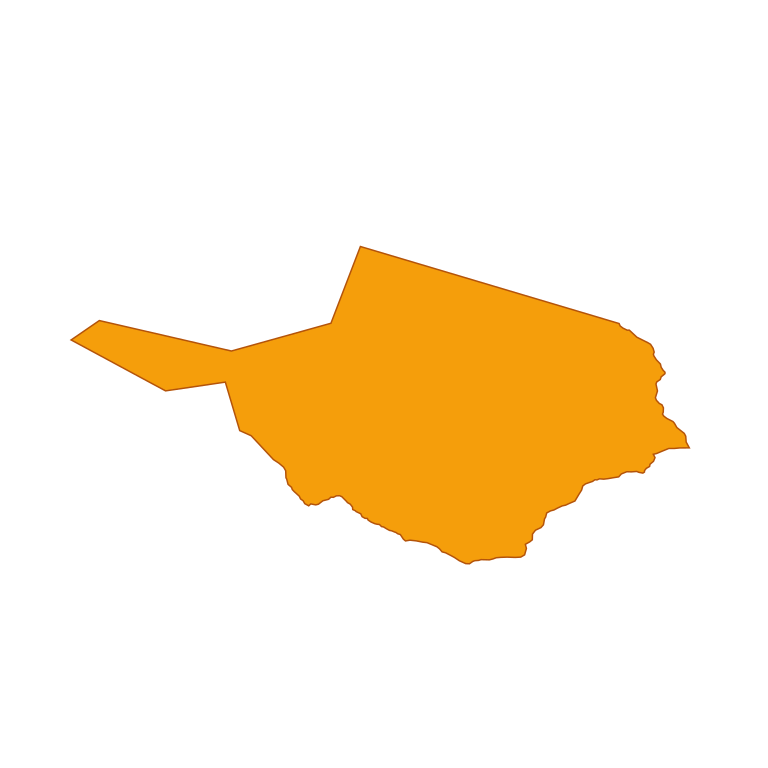 the district of Chuave District, Chimbu, Papua New Guinea, rotated 291°
{"feature_id": "67681753B10783046859630", "entity_name": "Chuave District", "entity_type": "district", "adm_level": 2, "iso_a3": "PNG", "parent_name": "Papua New Guinea", "parent_adm1": "Chimbu", "projection": "equal_earth", "projection_center": [145.121, -6.175], "detail": "fine", "context": "isolated", "style": "filled", "palette": "amber", "viewbox_px": 768, "rotation_deg": 291, "n_neighbors": 0, "source": "geoboundaries", "source_scale": "gbopen_adm2", "svg_char_len": 2305}
<svg xmlns="http://www.w3.org/2000/svg" viewBox="0 0 768 768"><g transform="rotate(291 384 384)"><path d="M524.7,581.8L523.4,565.0L503.9,312.7L421.7,312.7L373.8,248.2L360.1,229.7L341.2,95.5L313.0,76.1L299.3,182.5L328.9,235.2L288.8,266.0L288.1,278.6L273.8,307.9L272.5,314.0L270.4,320.1L267.8,323.3L261.3,326.1L260.4,327.2L255.9,330.4L254.4,334.7L252.6,336.2L251.3,338.9L248.9,345.1L246.8,347.3L246.0,350.4L243.9,352.9L243.3,357.4L245.8,358.6L246.7,363.6L248.3,365.9L250.3,367.1L253.1,368.8L256.5,373.6L259.3,375.0L260.1,377.4L262.5,379.6L263.8,382.6L263.7,385.0L261.0,391.0L260.2,392.4L259.7,395.6L257.8,398.7L255.6,399.8L255.4,402.7L254.9,403.7L254.5,408.8L252.3,411.1L251.8,414.4L252.5,416.7L251.3,417.9L250.5,421.3L250.3,425.5L250.6,427.8L251.2,430.1L250.0,432.8L250.4,434.7L249.7,438.5L249.3,441.6L249.7,443.8L249.6,447.2L249.7,448.2L249.1,450.5L249.3,453.2L246.1,457.7L245.2,460.3L247.5,464.2L249.1,470.3L250.2,476.7L251.3,481.0L251.0,491.8L250.0,494.9L248.1,498.4L248.5,501.9L247.9,507.3L247.3,511.9L246.0,517.7L245.6,524.7L246.8,528.2L250.2,530.5L251.6,532.1L253.2,535.5L254.8,537.5L257.6,545.4L259.8,548.5L262.0,551.0L264.0,555.1L266.5,561.0L269.1,568.6L271.4,573.7L274.9,576.5L281.5,575.9L285.0,573.4L288.8,576.6L291.7,578.3L297.1,576.4L301.8,577.8L306.2,582.0L309.7,583.3L315.6,582.2L317.6,582.6L321.9,582.1L325.2,584.9L327.3,587.8L330.4,590.5L334.1,594.1L336.0,597.0L338.8,599.7L343.2,604.2L350.8,605.5L355.8,606.5L360.0,606.1L363.0,607.9L367.9,613.7L370.2,615.2L370.8,617.2L372.7,619.2L373.9,623.2L375.9,627.0L378.6,631.5L381.4,636.4L385.1,637.8L389.1,642.1L390.7,646.6L392.9,651.2L392.9,653.8L393.6,657.6L395.1,658.7L396.5,658.3L399.2,659.1L402.2,661.5L404.4,661.1L408.4,663.3L412.4,663.4L414.9,660.6L416.8,663.4L421.3,668.1L425.9,673.0L427.8,678.0L430.2,682.8L433.8,691.9L438.1,686.9L443.4,684.4L445.5,682.0L448.3,673.0L451.5,669.1L452.5,667.2L453.2,660.5L454.3,656.7L455.7,654.8L457.8,654.8L461.9,653.4L464.2,650.9L464.5,648.0L466.4,644.2L468.4,642.3L475.5,641.8L481.5,637.9L483.7,637.9L487.2,640.3L490.0,640.2L494.3,642.6L495.7,642.1L496.8,639.7L498.9,636.8L501.7,634.9L504.2,629.6L507.0,625.8L508.4,624.8L510.6,624.8L513.8,622.4L516.6,618.6L517.1,615.7L518.3,603.3L522.2,593.7L521.4,591.8L521.8,587.1L522.8,583.7L524.7,581.8Z" fill="#f59e0b" stroke="#b45309" stroke-width="1.5"/></g></svg>